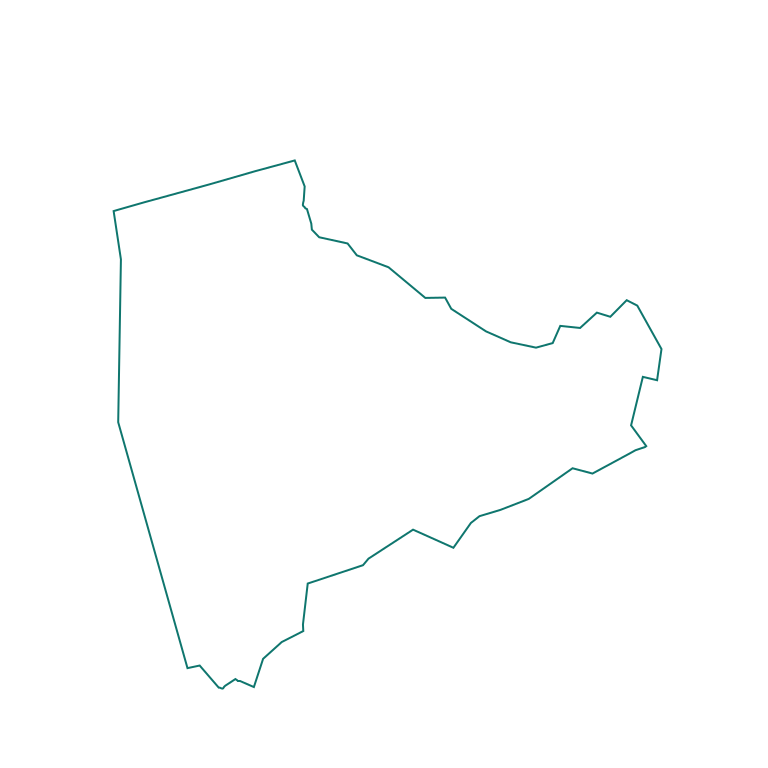 Rutherford, North Carolina, United States of America, rotated 162°
{"feature_id": "52423323B2648092614406", "entity_name": "Rutherford", "entity_type": "district", "adm_level": 2, "iso_a3": "USA", "parent_name": "United States of America", "parent_adm1": "North Carolina", "projection": "mercator", "projection_center": [-81.972, 35.397], "detail": "fine", "context": "isolated", "style": "outline", "palette": "teal", "viewbox_px": 768, "rotation_deg": 162, "n_neighbors": 0, "source": "geoboundaries", "source_scale": "gbopen_adm2", "svg_char_len": 1114}
<svg xmlns="http://www.w3.org/2000/svg" viewBox="0 0 768 768"><g transform="rotate(162 384 384)"><path d="M127.3,388.7L148.0,378.0L159.5,386.1L180.2,376.7L198.4,384.8L210.9,370.8L228.2,371.6L250.6,384.5L270.7,402.5L296.8,434.7L299.2,447.3L318.1,453.1L343.6,493.6L370.1,514.8L375.2,528.9L400.3,543.6L404.9,553.1L403.7,558.5L403.6,558.8L403.2,574.2L404.5,575.4L404.9,576.9L405.6,577.9L405.9,579.0L405.8,579.5L404.8,581.5L403.7,583.2L398.4,596.4L399.8,624.2L440.6,626.2L488.2,627.8L488.4,627.8L555.9,630.9L583.7,631.9L587.7,632.0L595.7,583.8L648.6,429.8L658.7,174.5L646.3,173.2L635.0,146.3L634.2,146.1L632.6,144.7L631.6,144.2L631.0,144.3L629.5,145.5L628.2,146.1L616.5,149.3L615.9,148.5L615.2,147.6L614.8,146.7L612.7,146.0L601.4,136.0L583.9,160.0L561.0,170.2L537.1,174.0L535.4,180.3L518.2,217.8L486.0,218.0L459.9,218.2L452.7,222.7L401.4,236.5L368.6,206.8L344.3,225.0L334.0,228.8L312.1,228.3L281.8,230.0L230.7,245.6L213.4,234.4L170.9,242.2L165.3,243.3L155.1,243.4L153.8,243.9L161.8,268.3L135.6,310.8L123.1,303.2L122.1,305.3L109.3,331.5L118.9,380.3L127.3,388.7Z" fill="none" stroke="#0f766e" stroke-width="2"/></g></svg>